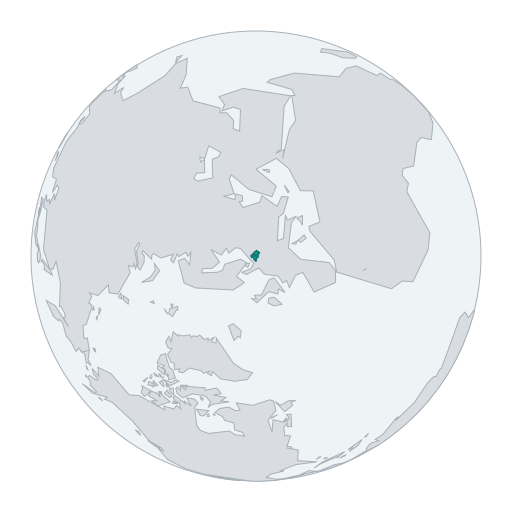 Brandenburg on an orthographic globe, rotated 235°
{"feature_id": "DEU-3487", "entity_name": "Brandenburg", "entity_type": "State", "adm_level": 1, "iso_a3": "DEU", "parent_name": "Germany", "parent_adm1": "", "projection": "orthographic", "projection_center": [13.043, 52.446], "detail": "fine", "context": "on_globe", "style": "filled", "palette": "teal", "viewbox_px": 512, "rotation_deg": 235, "n_neighbors": 0, "source": "natural_earth", "source_scale": "10m", "svg_char_len": 12805}
<svg xmlns="http://www.w3.org/2000/svg" viewBox="0 0 512 512"><g transform="rotate(235 256 256)"><circle cx="256" cy="256" r="225" fill="#eef3f6" stroke="#a8b0b8"/><path d="M70.3,128.4L74.5,122.8L104.8,90.6L81.3,113.8L88.9,105.0L99.1,94.6L98.4,95.5L112.1,84.2L121.9,76.5L139.8,66.9L155.0,65.5L148.8,68.5L153.1,68.3L161.2,64.7L165.5,62.5L191.4,60.2L218.8,54.3L225.6,49.8L225.6,53.2L237.3,43.4L251.0,40.5L236.6,45.6L236.0,47.6L245.8,46.2L247.3,48.0L252.9,48.6L253.7,51.1L245.3,54.3L245.7,56.1L252.6,55.1L257.9,57.3L247.6,58.4L255.7,62.5L243.0,69.7L214.9,72.5L208.8,80.1L182.5,92.9L185.9,94.4L178.0,100.8L179.0,105.1L173.9,106.7L179.2,108.8L183.7,106.6L187.5,106.9L188.5,109.3L182.1,111.6L180.7,110.7L179.3,112.7L175.7,112.9L178.0,114.2L170.1,116.9L179.4,117.9L174.3,123.3L168.6,124.1L167.4,119.1L151.4,110.2L145.3,110.3L138.0,115.1L127.8,133.9L121.8,136.3L115.1,143.2L119.1,143.9L125.9,138.8L131.8,142.2L139.4,136.0L142.9,136.7L151.4,132.7L151.9,138.8L147.9,146.9L140.9,150.6L138.9,154.5L147.1,155.6L135.5,167.6L130.4,184.6L127.2,187.3L118.2,183.7L114.3,171.4L102.7,168.3L112.1,176.1L103.9,183.5L103.3,187.4L104.8,190.5L108.7,190.0L106.3,194.0L96.0,187.4L98.1,183.7L101.3,185.7L99.4,180.2L92.5,176.5L88.9,181.0L82.2,172.1L79.6,175.3L76.6,175.5L81.3,170.8L72.8,179.3L64.4,172.7L52.5,187.9L62.1,169.3L64.3,161.2L65.9,153.2L63.9,155.5L68.8,142.9L68.5,137.5L61.5,144.6L54.3,156.8L49.6,169.4L51.3,168.4L49.7,176.5L44.0,182.8L40.1,200.5L36.5,208.6L34.4,218.4L34.1,225.0L33.3,235.7L35.1,235.9L36.9,242.2L34.5,250.5L37.4,248.4L37.1,257.6L42.3,276.1L41.2,276.5L45.2,301.9L53.4,323.0L55.3,332.8L54.0,334.5L57.7,341.3L57.8,343.8L76.3,370.2L88.6,387.4L90.2,395.1L83.7,394.8L87.0,404.7L83.3,400.7L73.1,387.5L63.9,373.6L55.7,359.1L48.6,343.9L42.7,328.4L37.9,312.4L34.3,296.1L32.0,279.5L30.8,262.9L30.9,246.2L31.2,246.2L33.1,232.4L33.7,226.7L33.0,226.6L36.7,205.7L40.5,192.6L61.0,143.2L70.3,128.4ZM49.2,191.6L44.9,216.5L44.1,207.0L44.9,207.7L46.6,200.3L48.8,189.2L49.0,181.7L49.2,191.6ZM54.6,192.2L55.0,188.5L55.0,191.5L54.6,192.2ZM167.1,61.4L161.2,64.5L153.4,67.2L158.1,64.3L167.1,61.4ZM182.2,57.5L179.9,59.2L175.2,58.7L178.0,57.8L182.2,57.5ZM230.2,46.4L225.1,47.5L229.6,45.8L230.2,46.4ZM253.5,48.3L254.5,47.4L257.0,48.1L253.5,48.3ZM150.5,129.8L150.9,131.2L149.1,131.2L150.5,129.8ZM153.8,126.8L151.4,125.7L152.6,124.1L154.0,124.8L153.8,126.8ZM260.6,52.6L264.3,54.2L259.1,53.1L260.6,52.6ZM156.4,128.5L155.0,121.5L157.2,118.9L164.6,119.4L156.4,128.5ZM265.5,55.5L274.5,59.6L277.5,58.0L274.3,65.4L267.6,59.1L260.7,58.0L265.1,57.2L265.5,55.5ZM184.7,104.9L179.9,107.3L183.0,103.1L184.7,104.9ZM185.7,102.1L189.6,89.5L197.2,87.4L194.3,91.9L203.4,87.6L205.2,92.7L200.6,96.2L195.4,96.5L200.0,98.3L185.7,102.1ZM271.0,69.0L271.9,70.7L269.3,69.6L271.0,69.0ZM189.3,106.7L189.4,104.2L196.0,102.1L197.0,106.7L194.5,105.9L189.3,106.7ZM204.9,84.1L210.0,83.6L212.8,87.5L215.2,87.9L205.9,92.7L204.9,84.1ZM193.5,107.6L197.3,109.2L195.1,112.5L189.6,109.0L193.5,107.6ZM197.3,99.7L200.4,99.0L199.0,100.8L197.3,99.7ZM189.5,125.5L189.5,122.2L192.9,120.8L189.5,125.5ZM198.8,109.6L199.6,108.5L200.9,107.6L202.9,109.4L198.8,109.6ZM208.5,95.3L208.7,97.1L212.5,93.5L214.7,96.5L208.1,99.3L211.9,99.4L212.7,100.3L206.5,101.5L208.5,95.3ZM208.9,108.7L201.3,113.6L200.6,119.7L197.5,121.1L199.2,111.0L208.9,108.7ZM208.0,104.3L207.9,107.3L204.1,107.3L201.9,105.4L208.0,104.3ZM218.7,97.7L216.9,92.3L218.4,91.9L218.7,97.7ZM209.4,110.4L211.2,109.2L209.8,110.8L209.4,110.4ZM216.7,101.5L215.8,99.6L217.6,99.2L216.7,101.5ZM215.6,108.5L213.1,110.0L211.5,108.7L215.6,108.5ZM216.7,105.3L219.3,105.2L212.5,107.3L216.0,104.5L216.7,105.3ZM218.4,101.5L219.2,100.6L218.5,102.3L218.4,101.5ZM223.0,113.1L214.8,116.0L211.3,112.9L219.8,110.4L223.0,113.1ZM162.4,400.6L144.9,369.7L151.6,361.5L151.4,348.3L196.6,312.8L207.7,317.8L245.0,314.4L249.9,316.3L247.2,327.9L276.5,340.2L284.0,329.9L308.9,333.0L324.4,328.6L327.0,305.8L301.5,312.7L295.5,303.0L314.5,288.4L336.5,282.4L334.8,278.5L319.6,273.7L323.2,264.0L314.1,271.3L318.9,274.5L313.3,279.3L308.6,276.8L310.1,273.3L303.1,273.2L297.9,290.3L302.1,295.4L284.6,301.7L290.0,310.9L285.8,316.3L275.1,302.7L275.0,297.1L256.3,282.3L254.7,288.7L272.3,303.3L267.4,302.5L265.5,312.1L263.1,304.2L244.3,287.3L227.6,290.7L208.7,312.2L198.4,312.6L188.7,306.1L193.1,283.0L215.6,285.0L217.5,277.4L210.9,265.2L218.3,267.1L218.4,262.6L226.7,262.7L236.4,252.3L244.5,251.4L246.4,237.4L250.8,235.2L248.4,243.9L251.1,249.8L271.1,247.5L274.4,244.2L274.0,235.4L279.6,236.2L276.6,228.1L287.2,222.8L271.9,222.7L271.0,213.1L276.3,204.9L273.3,201.9L264.6,215.4L263.7,220.9L267.2,225.6L262.2,241.5L255.8,244.5L250.6,228.4L240.9,231.1L241.2,217.9L264.3,188.4L275.0,181.6L296.6,189.6L295.2,196.2L286.8,196.5L296.3,204.7L294.7,199.9L299.3,200.8L299.7,192.4L302.9,192.7L297.7,184.5L301.7,183.8L305.0,189.0L309.0,176.8L316.9,173.6L316.2,170.8L313.2,168.7L325.2,166.4L324.2,164.4L319.9,164.4L315.0,160.6L311.0,153.1L315.4,152.7L317.4,155.3L328.2,160.6L332.9,168.0L334.3,167.1L331.3,160.6L318.1,154.2L314.5,149.9L321.0,152.0L318.4,150.8L317.9,148.6L321.6,146.1L314.6,143.5L304.0,121.0L310.1,114.5L317.0,118.5L314.3,103.8L321.3,98.5L317.3,98.4L313.3,91.8L311.0,93.3L308.8,92.8L297.3,77.8L298.1,74.3L288.6,68.5L286.5,68.6L285.5,70.8L274.3,65.4L277.5,58.0L282.0,58.2L281.0,53.8L291.5,55.2L299.6,54.6L311.7,59.2L317.1,58.7L316.1,57.1L322.6,55.5L339.8,58.7L330.5,63.1L305.7,61.8L316.2,62.7L315.2,64.8L319.8,66.6L327.1,67.3L327.1,65.9L345.9,80.2L366.2,89.1L361.5,82.0L364.2,79.6L383.2,85.6L413.6,111.3L417.6,110.1L421.6,112.9L426.6,119.8L420.8,115.9L420.7,119.4L416.7,116.4L422.7,126.8L417.3,123.0L424.6,133.4L428.0,133.7L424.8,125.6L433.5,136.8L437.4,134.7L444.1,140.8L458.5,166.2L463.8,183.5L465.5,186.7L464.3,189.4L467.8,201.3L473.8,205.1L475.4,209.5L478.6,229.0L477.8,226.1L474.9,233.1L477.9,245.7L480.2,243.0L481.2,249.2L480.9,254.5L479.5,249.7L478.4,251.9L476.2,241.8L470.4,233.5L469.9,244.5L467.5,238.8L459.5,236.1L457.4,251.7L455.9,284.7L459.7,300.5L457.4,313.1L444.5,302.7L436.9,290.2L433.4,296.9L419.2,293.4L397.9,311.4L393.9,308.7L390.1,314.2L379.9,315.4L373.4,310.3L367.7,314.2L384.8,327.3L390.8,323.0L394.4,311.3L398.2,317.2L407.8,317.1L400.6,341.6L367.4,376.2L362.6,365.0L329.1,338.0L329.3,333.1L329.1,332.6L328.6,331.8L327.1,340.1L320.8,333.8L340.4,356.0L344.3,366.3L366.9,377.2L365.2,380.0L372.0,380.8L391.9,364.9L392.3,369.0L383.9,392.3L355.0,427.0L358.0,437.4L354.4,446.9L334.5,458.6L334.4,462.8L323.8,467.2L321.9,469.4L312.4,473.2L297.2,477.2L273.3,480.2L273.3,479.5L263.6,477.4L250.7,466.4L258.3,459.3L256.8,453.0L239.3,436.7L243.3,426.7L238.2,422.0L228.1,422.5L222.1,416.5L215.8,415.7L175.4,411.8L162.4,400.6ZM183.0,335.1L182.2,339.2L183.0,335.1ZM361.3,286.5L373.4,280.5L365.2,269.8L369.2,266.7L364.9,264.4L364.5,269.1L353.7,261.8L357.9,254.8L355.0,249.4L350.8,251.2L344.8,265.4L360.3,275.6L358.7,282.8L361.3,286.5ZM42.5,276.6L42.8,280.4L41.8,277.5L42.5,276.6ZM42.4,208.8L42.2,212.8L41.6,216.1L41.4,213.5L42.4,208.8ZM45.5,241.4L46.2,246.5L44.8,242.5L45.5,241.4ZM44.7,220.3L44.9,237.6L42.3,231.0L42.4,220.2L43.3,225.7L44.7,220.3ZM51.2,194.8L50.8,197.8L49.8,198.4L51.2,194.8ZM54.5,194.4L54.4,193.6L55.4,191.3L54.5,194.4ZM104.5,183.9L105.2,184.6L106.0,188.2L104.1,187.5L104.5,183.9ZM118.8,199.7L114.6,205.8L116.3,200.7L112.8,200.6L112.0,190.2L125.5,188.2L119.5,190.8L118.8,199.7ZM114.7,176.3L113.6,182.8L114.2,175.8L114.7,176.3ZM210.7,238.9L214.1,242.2L211.8,247.3L201.5,249.7L204.7,242.2L210.7,238.9ZM219.5,245.9L217.3,229.8L223.6,228.1L220.4,231.7L224.8,232.2L220.9,238.2L229.1,252.7L227.7,258.3L209.4,258.9L216.2,255.4L212.4,252.2L219.5,245.9ZM200.4,195.5L199.5,189.6L214.4,193.4L213.5,198.6L203.2,200.9L198.1,196.2L200.4,195.5ZM169.6,131.3L168.3,129.5L170.1,128.7L172.7,129.7L169.6,131.3ZM189.2,124.1L177.2,138.7L175.1,137.2L170.5,148.0L163.2,148.6L166.4,141.5L157.4,150.3L157.4,144.1L151.9,150.6L159.7,134.7L159.3,129.9L162.5,135.0L169.3,134.5L172.0,132.9L179.6,124.7L182.0,114.5L189.1,112.7L193.4,114.3L193.9,116.5L189.2,116.8L193.2,119.5L186.8,121.7L189.2,124.1ZM240.1,138.6L234.4,137.1L241.4,144.7L235.0,146.2L236.2,147.0L232.2,150.6L229.5,156.5L226.3,156.4L226.6,158.7L224.0,161.3L223.3,164.6L217.4,165.7L216.1,169.8L214.1,168.0L213.4,175.0L211.3,170.3L207.6,173.5L211.7,176.4L181.4,175.9L170.4,180.0L162.4,186.2L159.8,177.8L165.5,166.9L175.6,156.5L186.6,154.0L183.4,150.9L187.7,148.9L188.4,152.1L189.9,145.9L193.6,145.2L202.5,137.1L202.3,129.1L205.6,126.1L207.5,128.9L209.4,124.0L215.3,127.4L217.8,125.5L226.1,127.1L228.4,134.0L231.0,131.3L237.4,132.7L240.1,138.6ZM225.3,113.7L229.5,121.2L228.1,125.8L214.3,121.1L211.2,122.4L202.3,120.0L204.6,113.4L206.9,114.7L209.7,114.4L207.9,116.5L211.4,114.6L214.8,116.4L218.4,115.4L218.8,118.1L225.3,113.7ZM254.5,311.7L258.2,312.1L263.6,311.2L262.5,317.3L254.5,311.7ZM241.5,300.4L244.7,299.6L245.7,307.5L241.9,307.3L241.5,300.4ZM245.5,292.7L244.8,298.9L242.9,295.4L245.5,292.7ZM251.3,242.8L254.5,241.6L255.2,243.6L253.8,246.7L251.3,242.8ZM259.7,163.0L256.6,161.0L257.4,159.7L254.2,153.0L258.7,151.5L262.4,155.1L259.7,163.0ZM323.2,310.9L319.3,316.3L316.7,315.0L318.5,313.4L323.2,310.9ZM289.8,318.4L297.9,319.7L289.4,320.1L289.8,318.4ZM264.0,160.3L262.2,157.6L265.6,158.6L264.0,160.3ZM261.8,150.2L265.7,150.6L258.9,150.6L261.8,150.2ZM388.1,428.9L370.4,448.1L361.2,452.8L361.1,450.6L368.7,440.7L380.0,432.8L386.0,425.7L388.1,428.9ZM481.0,267.7L478.2,266.9L479.3,260.7L481.3,253.6L481.0,267.7ZM460.5,301.0L464.4,305.3L462.7,310.3L460.5,301.0ZM465.2,172.4L464.3,170.1L465.2,172.4ZM467.7,190.5L468.6,195.9L467.5,194.1L465.7,186.3L467.7,190.5ZM449.2,146.2L453.4,151.6L455.0,154.3L453.4,153.1L449.2,146.2ZM300.0,146.9L299.4,157.7L302.0,165.1L308.1,168.5L299.2,168.6L295.2,157.2L300.0,146.9ZM303.0,124.1L297.6,121.6L300.1,119.9L301.6,120.3L303.0,124.1ZM299.7,124.5L293.0,126.8L290.0,123.6L295.9,122.4L299.7,124.5ZM278.7,143.1L278.2,146.3L275.4,145.4L278.7,143.1ZM463.9,169.2L464.5,170.7L459.5,161.0L457.8,156.8L462.3,165.6L462.0,164.9L463.9,169.2ZM420.2,106.7L417.8,105.4L414.8,101.5L417.3,103.5L420.2,106.7ZM402.7,88.6L413.2,100.1L421.2,110.0L421.0,108.5L427.0,114.2L424.7,114.3L415.6,104.6L410.4,97.8L405.1,94.0L398.5,87.8L393.0,85.4L388.6,82.1L392.0,82.4L402.7,88.6ZM390.8,84.6L378.7,79.4L375.1,74.1L377.0,74.0L384.0,78.6L385.5,81.1L390.8,84.6ZM374.8,76.7L376.1,79.2L361.2,79.3L357.1,78.1L366.6,74.6L368.3,76.8L372.6,77.9L374.8,76.7ZM274.0,70.0L272.1,70.6L272.7,69.2L274.0,70.0ZM307.6,93.8L304.7,92.8L305.4,91.0L307.6,93.8ZM296.9,89.3L298.1,92.0L295.0,89.3L296.9,89.3ZM301.1,98.3L297.7,93.2L303.6,97.8L301.1,98.3Z" fill="#d9dde1" stroke="#a8b0b8" stroke-width="1"/><path d="M259.7,255.4L259.8,255.4L259.8,255.6L259.7,255.7L259.8,255.7L259.8,255.8L259.7,255.9L259.6,256.1L259.7,256.4L259.7,256.5L259.8,256.6L260.0,256.7L260.0,256.8L260.0,257.0L260.0,257.3L260.1,257.5L260.0,258.0L259.9,258.2L259.8,258.3L259.7,258.4L259.7,258.5L259.8,258.5L259.9,258.8L260.0,258.9L260.1,259.0L260.2,259.3L260.1,259.5L259.8,259.4L259.7,259.4L259.6,259.5L259.3,259.6L259.2,259.7L258.9,259.6L258.7,259.6L258.5,259.8L258.5,260.0L258.3,260.3L258.2,260.3L257.8,260.3L257.4,260.3L257.3,260.2L257.2,260.3L257.2,260.2L256.9,260.0L256.5,260.2L256.4,260.1L256.4,259.9L256.4,259.7L256.3,259.4L256.2,259.4L256.1,259.2L256.3,259.0L256.3,258.9L256.3,258.6L256.4,258.4L256.5,258.3L256.4,258.3L256.2,258.3L255.9,258.2L255.7,258.1L255.4,258.0L255.1,257.8L254.9,257.9L254.7,257.7L254.4,257.6L254.2,257.3L254.1,257.2L254.0,256.9L254.1,256.7L254.0,256.4L254.1,256.2L254.1,255.9L254.2,255.7L253.9,255.7L253.9,255.2L254.0,255.2L254.0,254.9L254.0,254.7L254.0,254.4L253.9,254.3L253.8,254.2L253.7,254.2L253.5,254.3L253.4,254.3L253.3,254.2L253.1,254.1L253.0,253.9L252.8,253.9L252.8,253.7L252.7,253.7L252.4,253.6L252.2,253.4L252.2,253.5L251.9,253.5L251.9,253.4L252.0,253.3L252.2,253.2L252.4,253.3L252.5,253.3L252.5,253.2L252.4,253.0L252.6,252.9L252.8,252.8L253.0,252.9L253.3,252.7L253.5,252.7L253.7,252.4L253.8,252.4L254.0,252.4L254.1,252.5L254.3,252.6L254.5,252.7L254.6,252.8L254.8,252.7L255.0,252.8L255.3,252.9L255.3,253.0L255.5,253.0L255.8,253.1L256.0,253.1L256.1,252.9L256.3,252.8L256.5,252.8L256.5,252.7L256.8,252.7L256.8,252.8L256.9,252.7L257.0,252.6L257.1,252.4L257.2,252.2L257.3,252.2L257.6,251.9L257.8,251.9L257.7,251.7L257.8,251.7L257.8,251.8L258.0,252.0L258.4,252.1L258.5,252.2L258.8,252.1L258.8,252.3L258.7,252.5L258.7,252.8L258.8,252.8L258.9,252.7L259.0,252.6L259.3,252.8L259.2,252.9L259.2,253.0L259.2,253.3L259.1,253.5L258.9,253.8L258.7,253.9L258.6,254.0L258.7,254.3L258.6,254.5L258.8,254.5L259.2,254.8L259.3,255.0L259.5,255.2L259.7,255.4ZM257.4,255.8L257.4,255.7L257.1,255.4L257.1,255.2L256.9,255.2L256.8,255.3L256.7,255.3L256.6,255.2L256.5,255.3L256.4,255.3L256.2,255.5L256.3,255.5L256.2,255.7L256.3,255.8L256.2,255.9L256.2,256.0L256.3,256.2L256.5,256.2L256.8,256.2L256.8,256.3L256.9,256.2L257.0,256.1L257.3,256.2L257.4,256.3L257.5,256.4L257.6,256.2L257.7,255.9L257.4,255.8Z" fill="#14b8a6" stroke="#0f766e" stroke-width="1.5"/></g></svg>